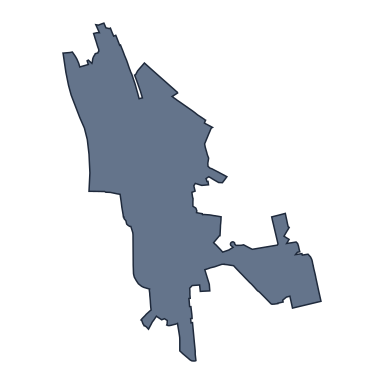 Līvāni, Livanu, Latvia
{"feature_id": "27541924B22543300679500", "entity_name": "Līvāni", "entity_type": "district", "adm_level": 2, "iso_a3": "LVA", "parent_name": "Latvia", "parent_adm1": "Livanu", "projection": "orthographic", "projection_center": [26.183, 56.355], "detail": "fine", "context": "isolated", "style": "filled", "palette": "slate", "viewbox_px": 384, "rotation_deg": 0, "n_neighbors": 0, "source": "geoboundaries", "source_scale": "gbopen_adm2", "svg_char_len": 5650}
<svg xmlns="http://www.w3.org/2000/svg" viewBox="0 0 384 384"><path d="M205.6,120.2L204.6,119.7L204.3,119.3L202.9,118.4L202.5,118.1L197.9,115.1L197.1,114.5L194.8,112.6L192.5,110.9L189.5,108.8L188.9,108.4L183.5,104.6L180.5,102.5L176.7,99.9L176.1,99.4L173.7,97.7L173.2,97.2L172.5,96.8L172.1,96.5L178.1,92.7L177.8,92.8L177.0,91.9L176.9,91.9L167.2,83.3L157.8,75.0L150.5,68.5L147.4,65.7L145.2,63.7L144.8,63.4L144.4,63.0L142.0,65.8L139.5,68.6L138.3,70.1L137.6,70.9L136.7,72.6L135.7,74.5L134.6,75.1L135.7,78.0L136.8,80.9L138.6,86.0L140.4,91.1L141.4,94.5L142.4,97.9L141.5,98.1L139.1,98.7L137.7,93.4L135.3,84.9L135.2,84.4L133.6,79.7L133.0,78.0L133.0,77.9L131.7,74.0L131.5,73.6L130.7,72.1L130.3,70.7L129.7,69.3L129.0,67.4L127.4,62.6L126.5,60.1L125.9,58.7L125.2,57.0L124.5,55.4L123.6,52.9L123.4,52.4L122.3,49.5L121.7,48.1L121.2,46.8L120.7,45.6L120.5,45.0L119.7,45.4L117.3,39.1L115.8,35.3L115.7,35.3L114.0,36.0L113.9,36.0L113.6,36.1L113.5,35.8L111.9,32.0L110.4,28.1L109.3,28.6L105.9,27.8L103.9,23.1L101.6,23.9L98.4,25.1L95.8,24.7L99.4,32.7L97.0,32.7L93.6,33.5L94.4,36.0L95.1,38.4L96.2,41.7L97.2,45.1L98.0,47.6L98.4,48.5L98.6,49.2L98.7,49.6L98.7,50.2L98.8,50.9L98.8,51.3L98.7,51.4L98.5,51.6L98.3,51.8L98.0,52.4L97.9,52.9L97.5,53.0L95.2,53.7L95.0,54.5L94.3,55.4L93.3,57.2L92.7,59.0L92.3,62.2L91.9,63.4L88.3,60.1L87.1,60.8L88.3,64.5L81.7,66.4L79.8,67.0L78.7,63.3L76.9,59.1L75.3,56.3L72.9,52.8L72.3,52.0L71.0,52.3L70.1,52.5L63.0,53.1L63.1,53.5L65.9,72.4L68.5,85.3L71.1,94.9L73.1,100.2L79.8,117.6L84.4,128.1L87.3,139.6L89.0,154.2L89.9,172.9L89.0,191.3L96.9,191.4L102.2,191.5L104.6,191.5L105.7,192.2L110.4,192.4L117.0,193.8L120.1,194.3L121.3,202.7L121.8,206.9L123.1,214.6L123.4,217.0L124.0,217.1L124.0,218.4L124.2,218.8L125.8,220.6L126.0,221.2L126.7,224.1L128.0,225.3L129.7,226.4L130.8,226.4L132.8,232.7L133.0,234.9L133.2,262.4L133.2,264.9L133.5,273.7L133.7,274.7L134.3,277.1L136.2,280.5L138.4,283.8L141.6,286.3L143.6,287.3L146.6,288.2L149.6,289.1L149.4,289.6L149.3,290.2L149.4,290.9L149.7,293.1L149.8,295.2L150.1,298.3L150.2,299.5L150.3,300.5L150.4,302.4L150.7,306.7L151.1,310.0L149.6,311.2L148.2,312.5L146.3,314.2L145.1,315.6L143.1,317.6L141.8,319.0L141.2,319.8L141.0,320.0L141.8,320.6L142.3,322.0L142.9,323.6L144.2,325.8L144.5,325.6L146.4,326.9L148.5,329.2L151.5,323.6L151.9,322.7L152.5,321.7L153.5,320.5L156.4,316.2L156.9,316.6L161.7,319.8L164.4,318.7L167.3,320.5L167.1,324.1L166.7,325.0L168.1,325.6L168.9,325.6L169.6,325.6L170.5,325.4L171.5,325.2L172.2,325.0L173.7,324.6L174.9,324.3L175.5,324.2L177.5,323.4L177.9,326.1L178.6,330.2L179.4,335.2L179.7,337.5L179.8,340.7L179.8,350.2L179.8,350.9L182.9,353.8L190.2,360.0L191.1,360.5L192.0,360.9L194.3,361.0L195.2,360.9L195.9,360.6L195.9,360.3L195.2,354.2L195.2,351.1L194.2,340.8L192.9,326.9L192.5,322.6L191.1,322.9L190.6,318.6L192.1,318.5L191.9,315.1L190.9,306.6L189.6,306.6L189.2,301.1L188.9,298.5L190.2,298.3L190.0,295.9L189.9,294.6L189.9,291.1L189.7,288.2L192.1,285.6L192.6,285.5L199.6,285.0L200.3,291.4L203.4,291.2L209.8,290.9L209.3,284.3L204.8,269.7L208.0,268.7L210.4,267.8L214.6,266.8L218.3,265.5L221.9,264.3L224.3,264.2L224.3,264.4L227.4,264.7L229.0,265.0L233.6,265.7L235.7,268.0L237.8,270.2L240.1,272.6L242.4,274.9L244.0,276.6L245.5,278.2L247.6,280.3L249.6,282.4L251.5,284.1L254.2,287.0L256.8,290.0L258.1,291.2L259.3,291.9L263.9,296.5L268.4,301.1L271.0,303.8L271.9,304.2L274.2,304.1L277.9,303.6L277.9,303.2L283.1,302.0L282.7,300.2L286.4,297.1L289.9,296.2L292.5,308.1L320.6,301.4L321.0,301.3L319.1,292.8L319.0,292.4L315.7,277.1L315.7,276.9L315.1,274.1L313.7,268.3L313.5,267.2L313.3,266.5L313.3,266.0L312.7,263.7L312.3,261.4L311.9,259.9L311.5,258.9L310.7,257.3L310.6,257.1L310.5,256.9L308.0,254.2L302.3,255.1L301.9,253.6L297.8,254.3L295.5,254.6L297.3,252.3L297.5,252.2L299.8,251.8L299.6,251.1L299.4,250.2L299.2,249.6L299.1,249.0L298.9,248.1L298.8,247.7L298.6,246.7L298.4,245.8L297.6,243.5L296.1,242.0L291.8,242.7L286.6,243.5L289.1,239.4L286.5,237.8L284.0,236.2L285.8,233.1L286.5,231.9L289.0,227.8L289.2,227.4L288.2,226.8L287.5,223.9L286.9,220.9L286.1,217.2L285.3,213.4L278.5,215.2L271.7,216.9L272.5,220.6L273.4,224.3L275.7,234.1L278.0,243.9L277.3,245.1L264.8,247.2L252.3,249.3L248.3,247.3L243.6,244.8L241.2,245.3L236.1,245.4L234.8,244.2L234.6,242.9L233.6,242.0L232.6,241.8L231.5,242.2L230.7,243.0L230.4,244.1L230.7,245.3L233.1,247.3L232.0,248.0L228.8,250.0L222.7,252.1L220.2,249.3L217.6,246.6L215.8,244.7L214.7,243.8L213.6,242.7L219.7,235.4L220.0,235.5L220.1,233.8L220.2,231.8L220.4,227.9L220.5,225.1L220.7,223.3L220.9,220.9L221.0,219.3L221.0,218.6L221.1,216.8L218.8,216.4L217.7,216.2L216.4,216.0L215.3,215.8L213.7,215.6L212.0,215.3L211.0,215.1L209.5,214.9L204.1,214.5L203.2,214.6L202.8,214.7L202.5,214.6L202.4,214.5L202.3,214.3L202.3,213.7L201.9,213.6L199.9,213.3L199.2,213.2L196.5,212.6L196.5,212.3L196.6,212.0L196.8,210.9L196.8,210.6L196.6,210.2L196.1,208.7L195.9,208.3L195.6,207.9L195.2,207.7L193.8,206.8L192.9,206.2L192.9,205.8L192.9,202.3L192.9,201.6L193.0,199.8L193.0,198.2L192.7,197.9L191.9,192.5L191.9,192.3L195.1,191.1L193.8,185.8L195.3,183.4L201.7,185.4L205.1,185.1L208.5,184.8L208.0,181.4L206.9,181.5L206.5,179.9L206.0,178.6L208.8,176.7L210.5,177.7L213.4,179.5L216.0,181.0L218.6,182.5L222.4,182.7L224.7,179.7L226.9,176.7L219.6,172.8L212.3,169.0L211.8,168.7L211.4,168.6L211.0,168.5L209.8,168.0L208.0,166.3L208.0,166.2L207.8,163.3L208.6,158.5L208.6,158.0L207.6,155.5L207.1,153.9L206.8,152.6L206.3,150.9L205.4,147.8L205.0,146.1L204.9,145.3L204.7,144.3L204.6,143.9L205.4,142.0L205.7,141.3L206.3,139.8L207.1,137.9L208.4,134.7L210.1,130.8L210.7,129.3L211.2,128.2L212.5,127.4L211.9,127.1L206.1,124.0L205.8,123.9L204.4,123.0L205.3,120.8L205.6,120.2Z" fill="#64748b" stroke="#1e293b" stroke-width="1.5"/></svg>